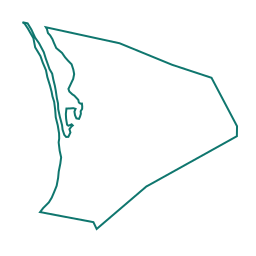 Rummana, Shamal Sina', Egypt, rotated 272°
{"feature_id": "37247803B2824633862511", "entity_name": "Rummana", "entity_type": "district", "adm_level": 2, "iso_a3": "EGY", "parent_name": "Egypt", "parent_adm1": "Shamal Sina'", "projection": "albers", "projection_center": [32.731, 30.963], "detail": "fine", "context": "isolated", "style": "outline", "palette": "teal", "viewbox_px": 256, "rotation_deg": 272, "n_neighbors": 0, "source": "geoboundaries", "source_scale": "gbopen_adm2", "svg_char_len": 1413}
<svg xmlns="http://www.w3.org/2000/svg" viewBox="0 0 256 256"><g transform="rotate(272 128 128)"><path d="M225.8,42.4L224.1,43.5L220.1,44.7L217.8,47.0L214.1,49.4L210.5,51.0L205.4,53.5L200.8,59.4L196.5,62.6L193.3,65.6L189.7,69.4L184.5,71.3L180.0,72.3L175.1,71.5L172.4,70.3L168.4,68.6L165.0,67.1L162.4,68.1L159.7,71.2L158.5,73.2L154.4,77.3L151.8,78.0L150.7,79.6L150.8,81.1L147.9,81.5L145.5,81.5L143.1,80.1L140.6,80.4L137.6,79.6L135.4,78.7L135.8,76.1L138.9,74.6L142.5,73.9L145.3,74.9L145.9,72.7L145.5,69.2L145.3,65.8L142.8,65.6L139.8,65.4L135.2,65.8L132.6,66.3L129.2,67.0L128.2,68.3L129.0,70.2L129.7,71.5L128.6,72.7L127.6,71.5L124.8,69.5L121.5,70.6L117.1,68.7L116.9,66.5L118.9,64.6L124.0,62.7L128.5,62.0L132.9,60.7L136.8,59.5L144.4,57.6L150.1,57.2L155.1,55.9L162.8,54.5L167.7,53.4L173.7,51.7L179.7,50.3L184.1,47.5L188.2,45.9L194.5,43.4L200.8,41.2L209.5,36.2L215.1,32.0L223.0,28.0L229.1,24.0L230.0,18.9L228.6,21.1L224.0,24.4L219.3,27.3L214.5,30.3L205.4,32.4L196.8,38.0L190.4,40.5L182.9,44.0L176.1,45.6L167.5,48.6L161.5,50.4L157.0,51.4L151.6,53.3L143.5,54.6L136.3,55.4L132.7,56.4L128.2,57.7L120.2,59.3L115.1,59.6L111.2,59.2L102.9,60.5L96.3,62.2L90.0,61.6L82.1,60.3L75.6,59.9L67.7,58.7L61.1,56.3L55.7,54.2L50.9,51.5L45.0,46.0L40.9,43.1L37.5,65.2L32.7,96.7L26.0,100.2L70.4,148.6L70.4,148.8L123.6,237.1L133.6,236.9L181.1,209.7L192.7,169.9L212.4,116.6L225.8,42.4Z" fill="none" stroke="#0f766e" stroke-width="2"/></g></svg>